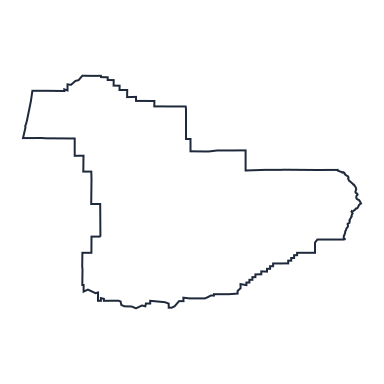 Douglas, Oregon, United States of America
{"feature_id": "52423323B99607099033776", "entity_name": "Douglas", "entity_type": "district", "adm_level": 2, "iso_a3": "USA", "parent_name": "United States of America", "parent_adm1": "Oregon", "projection": "robinson", "projection_center": [-122.676, 43.322], "detail": "fine", "context": "isolated", "style": "outline", "palette": "slate", "viewbox_px": 384, "rotation_deg": 0, "n_neighbors": 0, "source": "geoboundaries", "source_scale": "gbopen_adm2", "svg_char_len": 3209}
<svg xmlns="http://www.w3.org/2000/svg" viewBox="0 0 384 384"><path d="M98.0,292.5L98.0,300.8L100.9,300.8L100.9,298.1L103.9,298.8L103.9,300.8L118.4,300.7L120.6,301.5L121.3,304.9L124.3,306.3L131.6,306.5L136.0,308.3L142.0,305.5L145.3,306.3L145.9,303.5L150.2,303.5L150.2,300.8L164.9,302.2L168.7,303.6L168.7,307.7L171.7,307.7L174.6,306.3L179.1,301.1L183.5,301.1L183.4,297.7L189.4,298.4L205.0,298.4L207.9,297.1L210.9,295.5L213.9,295.6L213.9,294.2L219.8,294.2L228.8,294.2L237.6,293.6L237.6,290.9L240.6,288.2L240.5,284.1L246.4,285.1L246.4,282.5L249.4,282.5L249.4,279.8L252.4,279.8L252.4,277.1L255.4,277.1L255.4,274.4L261.3,274.3L261.3,271.4L267.0,271.6L267.0,268.8L270.1,268.8L270.1,266.2L273.1,266.2L273.1,263.5L288.2,263.4L288.2,260.7L291.2,260.7L291.2,258.0L294.1,258.0L294.1,255.2L297.1,255.2L297.1,252.8L315.0,252.8L315.0,250.9L315.0,246.0L315.0,242.6L317.4,239.5L321.0,239.5L326.2,239.5L332.4,239.5L343.4,239.5L345.6,239.1L345.2,239.1L344.7,238.7L344.0,238.4L343.6,237.4L343.8,236.6L343.9,235.7L344.4,235.2L344.4,234.6L344.7,234.0L345.1,233.1L345.1,232.0L345.5,230.8L346.0,230.2L346.1,229.7L346.2,229.3L346.3,228.8L346.7,228.1L347.5,227.3L347.9,226.5L348.0,225.9L347.8,225.0L347.7,224.7L347.6,224.3L347.7,223.9L347.7,223.7L347.9,223.6L348.1,223.6L348.5,223.4L349.1,223.0L349.4,222.8L349.5,222.2L349.7,221.6L349.8,221.1L349.4,220.5L349.5,220.2L349.8,219.6L350.2,218.9L350.8,218.0L351.0,217.2L351.7,216.6L351.7,216.1L351.7,215.9L351.7,215.7L351.6,215.4L351.6,215.1L352.0,214.4L352.2,214.1L352.6,213.5L352.3,213.0L351.7,212.0L351.5,211.7L351.7,211.3L351.8,211.4L352.2,211.5L352.6,211.3L353.5,210.9L354.1,210.3L354.9,209.8L355.4,209.5L355.5,209.1L355.7,208.6L356.4,208.4L356.9,208.4L357.4,208.1L357.7,207.7L358.1,207.0L358.5,206.2L358.7,205.5L359.2,204.9L360.2,203.9L361.0,203.5L360.6,202.7L360.1,201.7L359.2,200.2L357.0,199.1L356.4,198.2L356.3,197.5L356.3,196.6L356.6,195.7L357.2,195.1L357.6,194.6L357.4,194.0L356.7,193.3L355.7,192.8L355.4,191.8L355.7,190.8L356.2,189.5L356.1,188.6L355.8,187.7L355.4,186.9L354.3,185.1L353.8,184.6L353.5,184.7L352.9,184.0L352.5,183.5L351.7,182.9L350.8,182.0L349.5,181.0L349.0,180.7L348.6,179.7L348.1,178.5L348.5,177.9L348.5,177.4L348.3,177.0L347.8,176.2L347.1,175.9L346.5,175.5L345.2,174.6L344.7,173.9L344.8,173.4L344.1,172.8L343.8,172.4L343.2,172.2L342.8,172.7L342.4,172.6L342.2,172.5L342.2,172.3L341.5,171.9L339.9,171.5L338.4,170.8L337.9,170.7L337.5,170.4L337.6,170.2L337.6,169.9L316.7,170.0L283.5,169.7L280.8,169.9L263.6,169.9L245.6,170.5L245.6,150.4L216.9,150.5L208.6,151.5L190.5,151.3L190.5,139.0L186.0,139.0L186.0,109.3L185.7,106.5L154.3,106.4L154.4,101.0L136.0,100.9L136.0,96.9L127.1,97.1L127.2,90.0L119.5,90.0L119.6,85.7L113.6,85.6L113.7,80.1L107.7,80.0L107.7,77.3L101.0,77.1L100.9,75.8L92.7,75.9L82.4,75.7L78.5,80.2L75.5,80.9L71.0,84.8L67.5,84.4L67.5,90.4L64.3,89.4L64.4,91.0L46.6,90.8L32.4,90.8L30.9,101.1L27.0,120.3L26.2,123.4L25.2,126.3L25.5,127.4L23.0,138.1L40.8,138.0L46.5,138.3L74.7,138.5L74.7,155.8L83.5,155.7L83.3,171.6L91.3,171.6L91.5,179.7L91.2,204.0L100.2,204.0L100.4,235.9L99.7,236.6L91.5,236.6L91.4,252.8L82.4,252.8L82.2,266.3L82.5,269.0L82.3,285.0L83.6,285.0L83.6,291.6L87.9,289.6L95.6,293.2L98.0,292.5Z" fill="none" stroke="#1e293b" stroke-width="2"/></svg>